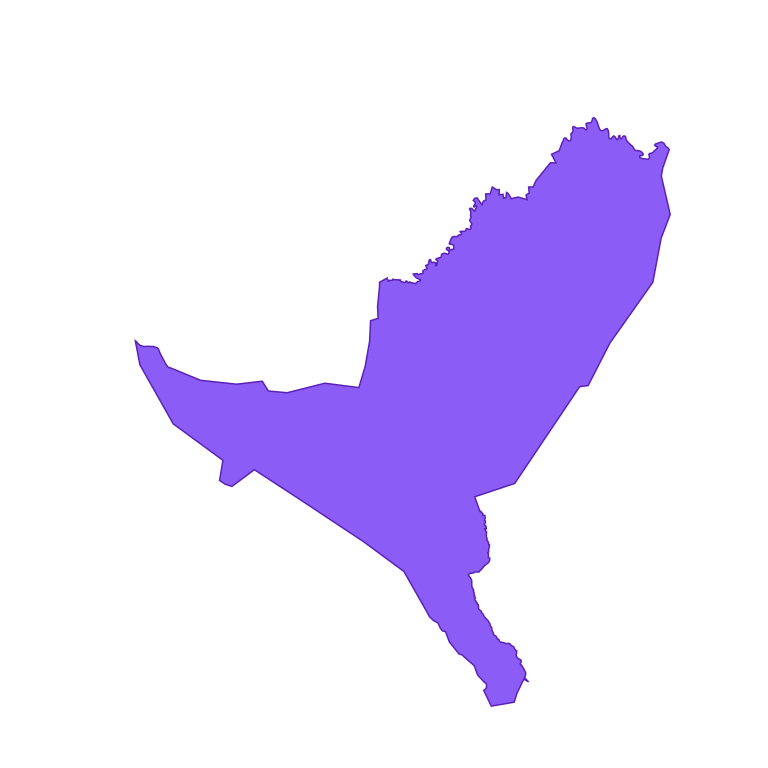 the district of Concepción Buenavista, Puebla, Mexico, rotated 10°
{"feature_id": "50627088B88871984884720", "entity_name": "Concepción Buenavista", "entity_type": "district", "adm_level": 2, "iso_a3": "MEX", "parent_name": "Mexico", "parent_adm1": "Puebla", "projection": "orthographic", "projection_center": [-97.427, 17.984], "detail": "fine", "context": "isolated", "style": "filled", "palette": "violet", "viewbox_px": 768, "rotation_deg": 10, "n_neighbors": 0, "source": "geoboundaries", "source_scale": "gbopen_adm2", "svg_char_len": 6122}
<svg xmlns="http://www.w3.org/2000/svg" viewBox="0 0 768 768"><g transform="rotate(10 384 384)"><path d="M252.0,511.3L271.2,490.9L325.1,514.0L391.6,543.0L436.2,565.2L466.5,601.8L469.1,605.2L473.9,608.4L478.6,609.9L481.8,614.6L484.4,617.0L487.6,617.2L493.1,626.6L504.7,636.8L508.1,637.3L512.0,639.9L521.8,645.7L526.0,653.2L527.6,655.1L534.9,660.5L536.7,661.2L537.4,663.5L537.6,665.1L536.7,667.1L535.4,668.4L545.6,682.6L567.5,674.7L568.6,665.8L572.9,650.4L578.1,652.2L573.3,648.8L573.9,647.2L573.8,644.1L571.7,640.9L568.1,636.8L567.2,636.7L566.8,636.2L566.7,635.3L567.4,634.5L566.9,632.1L563.1,630.8L561.4,628.7L561.1,624.3L561.2,623.9L559.1,622.8L557.3,620.2L554.4,619.3L553.5,618.2L552.0,617.7L549.6,618.4L544.9,617.8L543.9,618.4L542.4,617.2L541.7,616.0L540.8,615.3L539.7,615.3L538.3,613.0L535.6,611.9L534.5,609.6L533.1,607.9L532.4,605.4L531.8,604.5L530.2,603.4L530.3,602.2L528.8,600.6L528.3,599.6L523.1,595.7L521.9,593.8L519.7,592.0L519.4,591.0L516.3,589.2L515.2,585.0L513.8,584.3L513.8,583.5L512.6,582.6L511.9,581.5L510.8,580.7L511.1,578.5L509.6,577.4L510.0,576.3L508.7,574.7L509.0,573.9L507.8,572.0L508.1,571.4L505.7,568.3L504.5,562.3L503.3,560.4L500.2,557.5L501.6,555.3L502.6,555.4L505.2,554.4L505.9,553.4L510.3,552.6L510.7,551.4L511.9,550.1L514.5,545.4L517.9,541.8L518.7,539.6L518.4,537.1L516.9,536.8L516.4,533.3L515.4,532.2L516.2,531.4L515.8,528.2L516.0,526.4L515.9,524.7L515.7,523.9L515.0,524.0L514.0,521.3L512.4,520.1L512.5,518.5L511.2,516.5L510.7,511.9L509.8,511.1L508.3,509.0L509.9,508.9L509.9,508.4L509.0,506.0L507.6,505.7L507.2,504.4L508.0,503.2L507.7,501.3L506.5,500.8L507.0,498.8L506.2,495.9L504.2,496.2L504.0,494.7L502.1,493.4L501.7,492.7L500.7,492.9L492.9,479.3L530.0,459.2L577.1,352.7L585.3,350.1L599.3,304.6L631.1,237.1L631.6,192.4L636.4,167.3L621.0,131.0L621.0,122.9L624.2,103.6L622.7,102.2L620.3,101.1L619.2,100.0L618.4,98.8L617.3,98.1L615.6,97.5L613.6,98.2L612.0,99.3L609.8,100.4L609.3,101.3L609.2,101.9L609.4,102.2L612.1,103.2L612.3,103.7L611.4,105.5L609.6,107.5L608.8,109.0L607.7,110.0L605.3,111.0L605.0,111.9L605.2,112.4L606.1,114.7L605.7,116.3L604.6,116.9L599.2,117.1L597.5,116.9L596.5,116.6L596.3,115.0L598.6,114.1L599.2,113.6L599.4,112.7L598.9,111.9L597.6,110.9L596.4,110.4L594.6,110.0L591.1,110.3L590.5,110.1L589.6,109.3L587.7,106.9L583.4,104.4L581.0,102.3L579.8,100.9L579.1,98.7L578.4,98.1L577.3,98.0L576.4,98.5L575.9,99.5L575.7,100.9L575.1,101.4L574.5,101.3L573.8,100.7L573.1,98.4L572.4,98.5L572.1,99.2L571.9,102.0L571.3,103.0L570.6,102.9L568.9,100.7L567.3,99.8L566.4,100.4L565.1,103.2L563.8,103.3L563.1,102.8L562.6,102.0L561.7,97.8L560.8,95.5L559.7,93.9L558.6,93.8L555.7,96.3L555.0,96.7L553.4,96.7L552.7,96.2L551.8,95.1L549.6,91.3L549.0,89.8L547.6,87.9L546.0,86.1L544.7,85.4L543.9,85.4L543.3,86.4L543.0,89.5L542.3,90.6L541.7,91.0L539.0,91.6L537.8,92.5L538.0,93.7L539.6,96.8L539.4,98.1L538.8,98.8L538.1,98.7L537.1,97.7L536.2,97.2L534.7,97.2L529.9,98.5L529.3,98.5L526.3,97.5L525.6,97.7L525.4,98.0L525.5,100.1L526.2,101.6L526.2,102.7L526.0,103.4L524.8,104.8L524.8,106.0L525.5,108.1L525.6,110.4L525.3,111.8L524.8,112.3L523.8,112.5L522.8,112.1L520.3,110.2L519.0,110.4L518.4,111.4L518.3,113.5L517.7,114.5L516.0,123.8L509.1,128.7L515.0,136.4L509.5,137.2L498.4,157.2L496.6,164.0L492.2,164.9L493.8,170.6L491.1,173.3L492.8,177.6L483.6,176.6L477.2,179.4L473.2,174.8L471.4,174.1L471.7,179.3L469.4,180.1L468.2,176.5L464.6,177.7L463.7,172.5L460.9,173.1L456.5,171.2L455.5,178.4L451.2,179.1L452.4,185.0L450.1,186.7L449.4,190.4L444.0,185.4L443.7,184.7L442.1,184.9L441.0,185.5L440.0,187.7L442.2,189.0L442.5,190.0L442.5,190.7L441.5,192.6L441.6,193.9L441.8,194.1L442.5,193.8L442.7,193.3L443.4,192.6L444.5,192.9L444.7,193.3L443.6,196.4L443.4,197.9L442.7,197.9L440.4,196.1L439.5,195.9L438.3,196.0L437.8,196.5L438.1,197.3L438.9,197.9L439.8,200.1L440.0,203.0L440.2,203.8L440.8,204.5L440.0,207.8L440.3,208.6L442.5,210.8L442.6,211.4L442.4,212.6L441.7,213.6L442.4,214.8L442.5,215.7L441.6,217.0L440.7,217.1L439.8,216.7L438.4,216.5L438.1,216.9L437.8,218.5L437.3,219.4L436.6,219.7L433.4,220.2L432.7,220.5L432.5,220.8L432.9,221.1L434.0,221.7L434.0,223.4L433.3,224.0L432.3,224.0L431.7,224.4L431.4,225.0L430.5,225.9L429.6,226.3L427.7,226.5L426.9,226.8L425.9,227.3L425.4,228.1L424.8,229.7L423.9,234.5L424.2,234.8L427.2,234.8L427.9,235.0L428.3,235.5L429.3,237.8L429.3,239.1L428.6,239.1L428.2,239.7L427.2,239.7L425.8,241.2L425.2,241.1L424.9,238.8L424.6,238.3L424.1,238.2L422.8,238.5L422.1,239.1L421.9,240.0L423.0,241.3L424.4,241.4L424.9,241.8L424.9,242.5L425.3,243.5L425.1,244.0L424.9,244.6L424.3,245.1L423.6,245.2L422.8,244.8L421.0,244.7L419.2,245.4L418.3,246.2L418.1,248.9L417.8,249.4L414.4,251.1L413.7,251.7L413.6,252.6L414.0,252.9L415.1,253.0L415.6,253.6L415.3,257.1L415.0,258.4L414.2,258.5L414.0,258.2L414.2,255.9L414.0,255.6L411.7,255.4L410.5,256.1L409.9,256.0L409.3,255.7L408.4,253.7L407.8,253.4L407.1,254.0L406.9,255.6L407.0,258.0L406.8,258.4L404.6,260.1L404.9,261.0L406.3,261.9L406.5,262.7L406.2,263.1L404.0,264.4L402.6,265.9L403.2,267.9L402.8,268.5L400.5,269.2L399.6,269.9L398.4,270.5L397.5,269.5L393.7,270.6L393.8,270.9L394.9,272.0L397.4,273.8L399.7,274.5L401.5,274.7L401.8,275.0L401.8,276.1L399.8,277.0L398.3,278.5L397.9,279.6L395.8,279.6L394.4,279.4L393.4,279.6L392.7,279.4L391.9,279.7L391.7,279.6L391.6,279.1L391.4,279.1L390.4,279.9L389.1,279.4L388.7,278.8L388.0,278.7L387.7,279.0L388.0,279.5L387.8,279.8L387.3,280.3L386.0,280.5L385.2,280.2L383.2,280.4L382.6,280.0L382.4,278.9L382.1,278.7L381.6,279.1L381.1,279.2L380.8,278.8L380.1,278.7L379.6,279.2L377.8,279.1L375.9,279.6L375.0,279.2L374.5,279.3L374.6,279.8L374.2,280.5L373.9,280.3L372.1,281.0L371.5,281.0L370.5,281.9L370.1,281.9L370.1,281.3L369.9,280.8L368.4,280.0L368.5,279.3L361.9,284.6L362.6,288.1L364.3,309.3L366.8,320.4L359.8,323.9L362.4,344.6L362.4,369.9L359.9,391.9L325.6,393.5L290.2,409.4L271.4,411.0L263.6,402.4L238.8,409.8L202.6,412.2L170.9,405.2L169.1,405.2L167.4,404.0L164.8,401.2L158.0,392.4L156.0,389.0L154.8,387.8L150.1,387.1L143.9,388.1L141.4,388.7L139.6,388.7L136.6,388.1L134.4,386.7L132.9,385.3L131.6,384.7L140.3,407.5L183.4,459.9L238.6,487.1L238.8,507.6L245.1,510.3L252.0,511.3Z" fill="#8b5cf6" stroke="#5b21b6" stroke-width="1.5"/></g></svg>